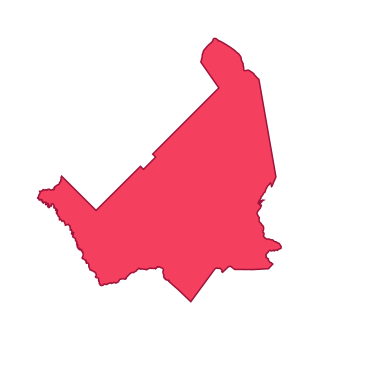 the district of Taveta, Coast, Kenya, rotated 225°
{"feature_id": "3690345B11030917787472", "entity_name": "Taveta", "entity_type": "district", "adm_level": 2, "iso_a3": "KEN", "parent_name": "Kenya", "parent_adm1": "Coast", "projection": "albers", "projection_center": [37.998, -3.439], "detail": "fine", "context": "isolated", "style": "filled", "palette": "rose", "viewbox_px": 384, "rotation_deg": 225, "n_neighbors": 0, "source": "geoboundaries", "source_scale": "gbopen_adm2", "svg_char_len": 5860}
<svg xmlns="http://www.w3.org/2000/svg" viewBox="0 0 384 384"><g transform="rotate(225 192 192)"><path d="M133.0,113.2L115.3,113.6L121.3,153.0L121.4,154.2L121.2,155.1L120.4,155.9L119.3,156.5L118.2,158.0L116.4,157.9L115.6,158.0L115.1,157.7L114.6,156.7L113.6,156.9L113.4,165.1L112.1,166.8L107.1,167.4L93.8,180.5L83.7,191.8L83.9,198.2L86.0,198.0L87.1,197.3L87.8,197.6L89.0,197.6L89.5,197.8L90.8,198.7L91.3,198.4L92.4,198.4L93.5,198.0L93.7,198.3L94.0,199.2L95.4,199.8L95.7,202.2L95.6,203.6L95.9,204.3L95.9,205.5L95.5,206.0L94.4,206.2L93.5,207.6L93.4,208.3L92.8,208.7L92.2,208.5L91.9,210.0L91.6,210.4L90.2,211.2L90.5,212.6L89.9,213.4L89.3,214.8L89.4,215.4L90.0,215.8L90.4,216.5L94.0,217.3L94.8,217.0L95.0,216.6L97.0,216.4L98.3,215.5L99.5,215.2L101.1,215.2L102.7,213.8L103.6,213.6L104.5,213.1L105.2,212.1L107.1,211.1L107.6,211.0L108.4,211.4L108.9,211.1L110.0,211.1L110.5,211.5L110.6,212.1L111.0,212.6L111.2,213.1L112.5,213.9L113.0,213.6L113.3,213.7L114.2,214.6L114.6,215.8L114.9,216.0L116.0,217.4L116.4,217.5L116.8,217.9L118.2,218.3L118.7,218.1L120.0,218.3L120.7,218.6L121.9,218.5L123.8,218.8L124.9,219.7L126.2,221.4L130.8,222.5L131.9,224.8L132.3,228.9L133.1,230.9L133.6,231.7L134.1,231.6L134.7,230.7L135.4,230.9L135.6,231.4L135.9,235.8L135.6,236.8L136.3,236.3L136.6,235.3L137.0,234.7L137.1,232.2L136.6,231.1L137.0,230.7L137.3,230.8L137.6,231.3L138.5,233.9L138.8,236.1L139.1,236.7L139.5,237.0L139.7,237.3L139.7,238.9L140.5,242.2L140.3,243.4L141.8,246.3L142.0,247.3L142.8,249.6L142.7,252.0L143.0,253.5L142.5,253.4L142.3,253.7L141.4,253.4L140.6,253.0L140.3,252.4L139.8,252.1L139.6,252.0L139.5,252.4L143.3,262.0L224.4,319.0L226.8,318.7L227.9,318.9L230.4,318.9L231.8,319.3L233.9,319.1L238.0,318.2L238.6,317.8L240.1,315.5L240.7,314.9L241.1,314.8L242.1,315.2L243.6,316.7L246.1,318.3L246.5,318.8L250.1,320.1L251.5,321.0L252.6,321.9L254.1,322.3L257.1,322.7L258.2,322.4L262.5,322.2L267.3,321.4L273.6,320.0L278.9,318.5L279.5,318.2L280.1,317.4L280.9,317.8L281.7,317.7L283.5,317.4L284.2,317.0L285.0,316.1L285.1,315.5L285.0,315.0L284.3,313.7L284.0,312.1L284.3,306.4L283.8,300.5L283.4,299.3L282.4,297.9L282.0,296.6L280.4,294.8L277.6,290.1L246.6,284.6L246.6,191.0L242.4,191.0L242.3,173.7L246.6,173.7L246.8,111.1L295.4,111.0L294.9,109.7L294.6,109.4L293.5,108.9L293.4,107.6L292.5,107.0L292.2,106.4L292.5,105.3L292.4,105.0L291.8,104.6L291.6,103.5L291.8,102.5L292.2,101.9L292.3,100.5L292.8,98.8L292.3,98.1L292.6,97.5L292.5,97.3L291.6,97.0L291.3,96.5L292.2,95.5L291.8,95.1L292.5,94.5L293.1,93.5L293.4,93.3L294.5,93.3L294.9,92.7L295.8,92.3L295.7,91.2L295.9,90.6L296.5,90.6L297.1,90.2L297.4,89.1L298.9,88.6L299.0,88.3L298.5,87.6L298.9,87.2L299.1,85.6L299.3,85.2L300.0,85.2L300.3,84.8L299.1,84.2L298.6,83.6L298.2,81.7L297.5,80.7L296.9,78.6L296.7,78.4L295.9,79.1L295.1,78.5L294.3,78.3L294.0,79.7L292.6,80.2L292.7,79.6L292.5,79.2L291.5,79.8L290.5,79.0L289.4,79.0L289.1,79.1L289.0,79.4L289.6,80.1L289.5,80.5L287.5,81.5L287.2,81.3L287.1,81.0L287.2,80.3L286.7,79.6L286.4,79.6L285.6,80.7L286.0,81.3L285.8,82.1L283.9,81.5L283.7,81.0L284.2,80.4L283.7,79.6L283.4,79.6L283.2,79.9L282.2,79.8L281.9,80.3L282.7,81.0L281.5,82.7L281.6,83.0L282.8,83.9L282.8,84.4L282.6,84.9L282.1,85.2L280.1,85.0L279.3,83.9L278.8,84.1L278.5,83.9L278.4,83.2L278.1,83.2L277.5,83.8L276.9,84.0L275.7,84.0L275.6,83.8L276.0,83.4L275.6,82.6L275.3,82.6L274.8,84.2L274.5,84.2L274.3,84.1L274.0,83.3L273.4,82.8L273.7,82.3L273.3,82.0L273.2,81.3L272.3,81.1L272.3,81.7L271.3,81.0L270.0,80.7L269.5,80.3L268.4,80.6L267.5,79.9L266.8,79.8L266.9,79.4L266.7,79.1L266.0,78.6L265.3,79.8L263.7,79.6L263.2,79.3L262.7,80.7L262.4,80.8L261.8,80.8L260.9,80.3L259.2,79.8L258.0,78.9L257.7,79.4L257.6,80.1L256.9,80.8L256.6,81.7L254.6,81.5L254.1,81.7L253.8,81.6L253.5,80.8L252.4,80.4L251.4,79.1L251.2,79.0L250.7,80.0L250.4,80.0L249.9,79.5L249.6,79.5L248.6,78.8L248.4,78.5L247.9,78.8L247.8,79.3L246.9,79.5L246.5,78.8L246.6,78.4L247.8,77.9L247.9,77.5L247.1,77.2L246.3,77.6L245.7,77.7L245.3,77.3L245.2,76.4L244.7,76.0L241.4,76.6L240.1,75.3L238.1,75.4L237.8,74.6L237.0,74.3L236.6,73.6L236.4,73.8L235.8,73.6L235.2,73.7L235.4,73.2L235.3,72.7L234.6,72.3L234.1,72.4L233.6,71.7L232.6,71.8L231.3,71.5L231.0,71.6L231.4,72.2L231.8,72.3L231.8,72.6L231.0,72.7L230.1,72.3L229.8,72.3L229.5,72.4L229.1,73.1L228.9,72.8L229.0,72.3L228.3,72.3L227.3,72.0L226.5,72.3L226.4,72.0L224.6,70.7L224.0,70.0L223.6,68.8L223.2,68.2L223.2,67.7L222.9,67.5L222.2,67.5L221.1,68.2L220.8,68.0L218.8,68.3L218.5,68.7L217.8,68.4L217.8,67.7L217.5,67.5L216.9,67.4L216.4,67.0L216.0,67.1L215.9,67.9L214.9,68.1L214.0,67.9L213.2,67.4L212.3,66.3L209.0,64.9L208.6,65.0L208.3,65.5L207.0,65.6L206.2,66.2L205.4,66.1L204.1,66.8L203.2,66.4L202.7,66.6L201.5,66.0L200.6,65.1L200.4,64.9L200.5,64.0L200.1,63.6L199.6,63.6L197.8,64.7L197.1,64.7L196.3,64.2L195.4,63.3L195.2,63.5L194.8,62.9L194.2,63.0L193.6,62.6L192.7,61.6L192.0,61.8L191.4,61.4L190.7,61.3L189.9,61.7L189.2,62.8L188.9,63.7L189.1,64.4L188.9,64.9L187.4,65.8L186.7,66.7L186.3,68.5L185.4,70.2L184.3,70.3L184.1,71.0L183.5,71.8L183.1,73.1L181.5,73.7L180.8,75.2L180.6,76.7L181.3,79.0L180.6,80.3L178.9,82.4L178.4,82.7L177.8,82.8L177.4,83.4L177.4,84.4L178.0,84.9L177.9,85.5L178.2,86.9L178.0,87.5L178.1,90.3L177.9,91.0L177.9,91.9L177.3,92.9L176.6,93.4L176.2,93.8L176.2,94.8L175.5,97.2L175.9,98.2L175.6,99.3L175.7,100.6L175.3,100.8L174.1,100.8L173.7,101.1L173.5,101.8L172.9,102.1L172.7,102.6L171.5,103.3L170.7,104.0L169.3,104.7L168.8,105.9L169.0,106.4L168.6,106.8L168.4,107.4L167.3,109.1L166.9,109.1L166.9,109.4L165.1,110.7L164.1,111.9L163.6,111.9L163.7,112.2L163.4,112.5L163.4,113.2L163.6,113.4L163.3,114.2L163.6,114.8L163.4,115.0L163.0,115.0L162.3,115.4L162.2,116.1L160.3,116.5L159.2,117.2L157.5,117.1L156.7,116.2L156.6,115.5L156.0,114.9L154.3,113.7L153.4,113.5L152.6,112.8L152.4,112.3L150.7,111.5L150.0,111.8L149.0,111.3L148.5,111.8L147.5,111.9L146.0,113.2L145.7,113.2L145.2,112.4L133.0,113.2Z" fill="#f43f5e" stroke="#9f1239" stroke-width="1.5"/></g></svg>